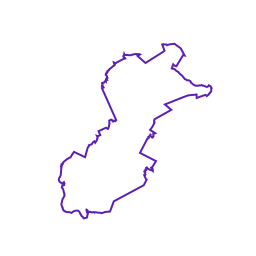 outline of Saucillo, Chihuahua, Mexico, rotated 336°
{"feature_id": "50627088B28449538232051", "entity_name": "Saucillo", "entity_type": "district", "adm_level": 2, "iso_a3": "MEX", "parent_name": "Mexico", "parent_adm1": "Chihuahua", "projection": "mercator", "projection_center": [-105.354, 28.012], "detail": "fine", "context": "isolated", "style": "outline", "palette": "violet", "viewbox_px": 256, "rotation_deg": 336, "n_neighbors": 0, "source": "geoboundaries", "source_scale": "gbopen_adm2", "svg_char_len": 5716}
<svg xmlns="http://www.w3.org/2000/svg" viewBox="0 0 256 256"><g transform="rotate(336 128 128)"><path d="M43.5,148.0L43.8,149.7L44.9,151.3L44.9,151.7L45.5,151.9L46.3,151.7L46.7,151.5L47.3,151.4L47.2,151.8L47.4,152.1L47.2,152.5L47.4,152.7L47.4,152.9L46.5,153.9L46.2,153.9L46.2,154.1L45.0,154.0L44.8,154.1L44.6,154.0L44.2,154.2L44.0,155.0L43.5,155.3L43.4,155.4L43.5,156.2L43.7,157.2L43.8,157.3L43.7,158.5L43.1,161.2L43.3,161.6L43.2,162.1L42.9,162.4L42.7,163.5L42.5,163.8L42.4,164.2L41.5,164.6L40.1,166.0L39.4,166.2L36.0,170.7L35.7,174.2L35.9,174.7L35.6,175.2L35.4,175.9L35.7,176.6L35.6,177.0L36.0,177.5L36.0,177.9L36.5,178.3L36.8,179.1L38.3,180.0L38.7,180.4L40.2,181.0L40.7,181.4L41.9,182.6L43.6,182.1L44.5,182.0L46.8,182.3L48.1,182.8L48.7,183.2L49.2,184.1L49.5,185.0L49.6,186.8L49.5,187.0L49.6,187.3L49.6,187.7L49.7,187.9L49.6,188.2L49.8,188.8L49.8,189.3L50.0,189.9L50.3,190.3L50.4,190.7L50.6,191.0L50.8,192.2L50.7,192.3L50.9,192.6L53.9,193.1L54.3,193.0L54.6,192.3L55.1,191.7L55.5,190.9L56.2,190.4L56.5,190.1L56.4,189.5L56.4,189.3L56.2,188.5L56.5,187.2L56.5,186.9L56.8,186.2L56.7,185.9L56.9,185.7L57.3,186.2L57.4,186.4L57.4,187.5L57.7,188.1L57.7,188.4L57.8,188.8L58.2,188.9L58.3,189.0L59.1,189.0L59.6,189.5L60.0,189.7L60.4,190.3L61.4,190.7L62.4,190.8L62.8,191.0L63.0,191.6L63.4,191.6L63.8,191.8L64.2,191.8L64.6,192.0L66.2,193.2L67.4,193.7L68.3,194.3L68.6,194.4L68.8,194.7L69.1,195.0L73.6,195.6L77.6,197.0L85.2,189.2L119.1,186.7L123.9,182.8L123.6,182.6L123.6,177.8L124.4,178.1L125.0,177.7L125.0,177.1L125.1,176.9L125.1,175.0L125.8,175.0L125.7,174.1L127.3,173.9L127.2,172.9L128.6,172.8L128.5,171.8L129.2,171.7L129.4,173.2L129.6,173.2L131.4,175.5L132.0,175.5L133.2,177.4L133.8,175.8L133.6,175.5L133.7,175.0L133.1,173.9L133.1,173.6L134.3,173.6L140.1,169.6L128.8,155.6L141.4,145.6L141.8,145.6L142.7,145.7L142.9,145.5L143.2,145.1L143.0,144.6L143.5,144.6L143.8,144.2L144.9,143.9L145.3,143.5L145.5,143.5L145.7,143.1L146.0,142.8L146.4,142.7L145.9,143.0L146.0,143.3L145.4,144.1L145.2,144.2L145.2,144.3L145.5,144.8L145.6,145.3L146.0,146.2L146.2,146.3L146.3,146.3L146.6,146.7L147.1,146.5L147.6,146.0L147.9,145.5L148.1,145.5L148.1,145.1L148.4,144.6L148.4,144.4L148.6,144.2L148.7,143.9L148.8,143.7L148.8,143.4L149.0,143.2L149.1,142.9L149.7,143.0L149.8,143.1L149.8,143.3L149.9,143.5L150.3,143.7L150.6,143.9L150.8,143.9L150.3,143.1L149.8,142.6L149.2,141.2L148.1,140.1L147.9,139.5L147.4,138.7L148.5,138.2L151.2,136.5L152.8,135.2L153.4,134.7L154.2,134.2L154.6,133.2L154.4,133.0L154.6,132.8L154.7,132.3L155.0,131.7L155.3,131.6L155.8,130.8L174.9,129.0L171.3,121.5L191.0,122.3L196.4,122.7L197.5,123.1L204.2,125.3L203.0,128.5L209.8,129.0L212.4,129.3L212.9,130.9L214.2,130.6L215.4,130.0L215.6,130.1L215.9,129.7L216.6,129.6L216.9,129.4L217.2,129.1L217.6,128.8L217.9,128.7L218.6,128.6L218.9,128.2L219.1,128.0L219.3,127.7L219.8,126.6L219.8,126.4L219.9,126.0L220.3,125.8L220.3,125.7L220.6,125.5L220.4,125.0L220.4,124.5L220.5,123.8L219.8,122.6L219.5,122.4L219.2,121.9L218.2,122.5L217.2,122.7L216.2,122.2L215.4,121.2L213.8,119.7L213.4,119.7L213.0,119.3L212.7,118.7L211.4,118.6L210.4,118.0L209.8,118.1L209.2,117.8L207.5,117.1L207.3,117.1L206.6,116.5L205.3,114.8L204.0,112.1L203.9,111.7L204.1,110.9L203.9,110.4L203.3,109.6L202.4,108.9L201.3,108.4L201.0,107.5L199.8,106.4L199.6,105.6L198.7,102.2L198.6,101.8L197.8,100.6L197.1,98.7L196.8,97.3L196.5,97.0L195.7,95.9L195.1,94.8L194.5,93.2L193.5,92.4L192.7,91.9L192.2,91.4L195.2,88.2L195.7,89.8L197.4,91.2L207.9,83.9L209.2,84.8L208.6,76.9L208.1,75.7L207.7,75.2L204.6,69.8L204.0,69.8L202.8,69.3L201.3,69.0L200.6,68.6L199.5,68.5L198.2,68.2L197.4,68.3L197.2,67.8L196.7,67.2L195.9,66.7L194.8,66.3L194.5,65.8L193.2,65.6L192.8,72.3L190.5,72.8L170.4,75.7L166.0,66.0L168.8,65.7L168.4,65.3L168.1,65.2L167.9,64.8L166.9,64.6L166.1,64.0L165.1,63.5L163.1,63.0L162.8,63.1L162.0,62.7L160.5,62.8L158.6,61.9L156.2,60.6L155.5,60.4L154.9,59.8L154.6,59.3L154.6,59.0L154.2,59.6L153.1,60.3L153.3,60.6L152.9,61.1L153.2,62.0L153.5,63.1L153.8,63.2L153.8,63.4L152.5,63.1L151.4,63.1L144.1,63.6L143.0,63.8L141.7,62.3L141.5,63.2L141.5,64.4L141.7,64.9L141.6,65.1L140.6,65.3L140.1,65.5L139.2,65.5L137.6,66.1L135.5,66.5L135.1,66.8L134.6,66.8L134.1,67.4L133.9,67.3L133.3,67.6L132.8,67.6L132.4,67.9L132.2,67.8L132.0,68.2L132.0,68.4L131.5,68.5L131.5,68.8L131.3,68.9L131.1,68.9L130.9,69.2L130.3,69.1L130.0,69.3L130.0,69.7L129.7,70.1L129.4,70.2L129.3,70.4L129.6,70.7L129.8,71.1L129.8,72.2L129.6,72.8L129.6,73.0L129.2,73.1L129.0,73.5L129.5,74.1L129.3,74.4L128.9,74.5L128.7,74.8L128.2,74.6L128.1,75.0L128.2,75.5L127.9,75.4L128.0,75.2L127.8,74.8L127.6,74.7L127.5,74.9L127.4,75.2L127.2,75.4L126.9,76.1L126.8,75.7L126.6,75.6L126.2,76.0L125.1,76.4L125.3,76.5L124.6,76.8L122.8,76.3L122.4,76.6L122.4,76.9L122.5,77.2L122.3,77.8L122.4,78.1L122.0,78.6L121.3,78.9L121.1,79.3L121.3,79.5L121.4,80.2L121.7,80.2L121.9,80.4L122.1,80.3L122.2,80.6L122.2,81.1L120.4,81.1L120.4,116.1L119.1,116.6L118.8,116.5L118.4,115.8L118.1,115.5L116.9,116.0L116.7,115.9L116.5,114.0L116.4,113.8L115.7,113.4L114.6,113.6L114.1,113.5L113.8,113.6L113.7,113.9L113.6,114.7L113.0,115.6L113.0,116.1L112.8,116.3L112.9,116.6L112.0,117.5L111.3,118.8L109.9,120.0L109.8,120.4L109.6,120.6L109.2,120.7L108.0,118.8L99.8,118.9L99.8,122.4L99.8,123.2L97.2,123.2L96.7,122.9L96.4,122.6L96.4,124.3L96.1,124.8L95.4,125.2L95.2,125.9L94.7,126.4L92.0,128.1L91.8,126.5L90.5,126.7L88.0,128.2L86.0,127.8L85.6,128.0L85.2,127.9L85.0,128.5L84.8,128.7L84.6,129.0L83.5,129.2L76.9,137.2L69.0,127.9L66.1,129.6L63.5,131.5L62.5,131.2L61.1,131.6L59.4,131.6L58.5,132.0L56.7,132.4L55.5,132.8L55.1,133.1L54.5,133.2L54.1,133.5L53.9,134.2L53.6,134.5L52.9,134.4L52.5,134.1L51.5,135.4L52.1,135.6L50.8,137.2L50.9,137.3L47.2,144.0L44.5,146.0L43.6,147.3L43.5,148.0Z" fill="none" stroke="#5b21b6" stroke-width="2"/></g></svg>